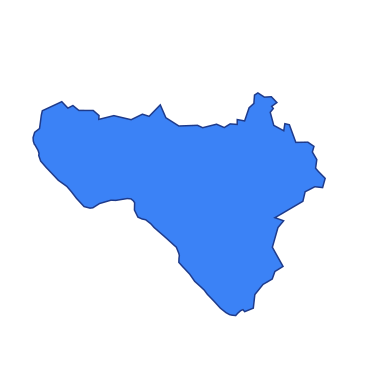 outline of Pehchevo, Pehčevo, North Macedonia, rotated 159°
{"feature_id": "65306769B44883072269450", "entity_name": "Pehchevo", "entity_type": "district", "adm_level": 2, "iso_a3": "MKD", "parent_name": "North Macedonia", "parent_adm1": "Pehčevo", "projection": "mercator", "projection_center": [22.916, 41.784], "detail": "fine", "context": "isolated", "style": "filled", "palette": "blue", "viewbox_px": 384, "rotation_deg": 159, "n_neighbors": 0, "source": "geoboundaries", "source_scale": "gbopen_adm2", "svg_char_len": 1557}
<svg xmlns="http://www.w3.org/2000/svg" viewBox="0 0 384 384"><g transform="rotate(159 192 192)"><path d="M302.6,321.5L305.1,317.8L309.6,309.5L311.6,305.9L317.5,304.1L320.9,299.7L321.9,296.4L322.1,293.0L321.7,292.1L320.8,286.0L321.0,282.8L322.0,281.0L322.2,275.1L319.3,267.1L315.1,257.0L312.6,250.8L306.8,242.0L304.5,235.5L302.1,227.4L298.0,217.1L293.0,213.5L290.2,212.8L282.3,214.4L281.7,214.3L270.6,213.4L266.2,211.5L254.8,209.1L251.5,207.5L250.0,205.0L249.4,202.6L252.2,195.8L251.5,187.9L248.3,184.7L245.2,182.7L241.8,177.0L240.1,172.4L236.8,166.2L232.5,158.1L227.8,148.7L226.4,146.1L226.3,139.4L226.6,137.2L227.9,134.8L229.5,131.0L227.3,125.2L223.6,116.2L221.5,107.6L219.2,103.1L215.8,96.2L214.3,90.9L210.8,82.7L207.1,73.3L203.5,67.2L200.9,64.1L199.0,62.8L195.5,61.0L192.8,62.4L189.1,63.8L186.6,63.9L185.7,61.4L176.4,61.6L170.1,73.7L158.8,80.3L148.3,82.0L143.1,88.1L133.7,89.9L136.8,111.6L124.5,128.0L116.8,132.3L123.8,138.3L91.8,143.6L86.3,151.7L75.4,152.9L68.5,149.3L62.8,157.0L66.6,165.7L68.1,169.9L63.9,177.5L65.3,186.2L61.8,190.9L66.0,197.0L77.3,201.1L77.0,219.9L80.8,222.5L84.4,216.3L91.8,224.9L90.4,238.4L86.2,240.8L86.9,243.4L80.7,245.1L83.8,252.5L90.4,254.6L95.0,260.9L98.9,260.1L102.5,252.5L108.5,250.2L117.4,239.5L123.8,243.4L125.6,238.9L132.0,241.9L138.8,240.6L144.8,246.5L159.0,248.2L163.0,252.3L180.6,258.3L189.8,270.7L190.4,284.7L204.9,278.0L210.4,282.4L222.9,281.3L237.6,291.3L253.0,293.2L251.4,296.7L255.0,303.5L268.4,308.7L272.2,315.4L277.8,314.8L281.2,323.0L302.6,321.5Z" fill="#3b82f6" stroke="#1e3a8a" stroke-width="1.5"/></g></svg>